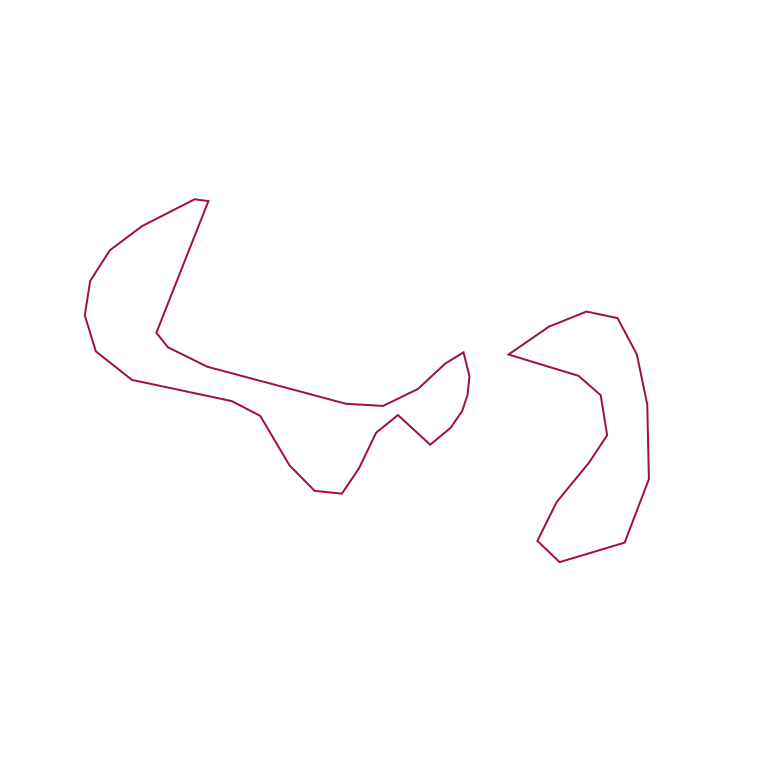 the border of Koror, rotated 61°
{"feature_id": "PLW-5249", "entity_name": "Koror", "entity_type": "state/province", "adm_level": 1, "iso_a3": "PLW", "parent_name": "Palau", "parent_adm1": "", "projection": "natural_earth1", "projection_center": [134.442, 7.291], "detail": "fine", "context": "isolated", "style": "outline", "palette": "rose", "viewbox_px": 768, "rotation_deg": 61, "n_neighbors": 0, "source": "natural_earth", "source_scale": "10m", "svg_char_len": 718}
<svg xmlns="http://www.w3.org/2000/svg" viewBox="0 0 768 768"><g transform="rotate(61 384 384)"><path d="M459.5,373.0L417.9,386.9L422.8,414.5L445.6,446.7L459.5,474.0L443.8,496.5L409.2,506.1L351.9,507.7L325.2,525.4L258.2,602.5L215.8,620.2L178.9,612.4L151.4,591.0L134.1,558.9L128.6,519.0L130.6,460.1L138.9,448.9L228.9,558.3L247.2,555.1L283.2,530.2L382.9,426.8L402.7,395.5L404.8,356.7L395.8,320.4L394.9,299.1L418.6,305.5L433.8,316.0L445.6,328.8L454.6,347.0L459.5,373.0ZM480.7,148.5L529.6,163.7L595.6,198.4L639.4,250.4L624.9,316.8L595.6,325.9L571.1,290.5L552.2,242.9L537.0,213.7L498.9,199.9L471.2,209.9L418.6,260.8L413.8,211.9L418.8,171.8L439.6,147.8L480.7,148.5Z" fill="none" stroke="#9f1239" stroke-width="2"/></g></svg>